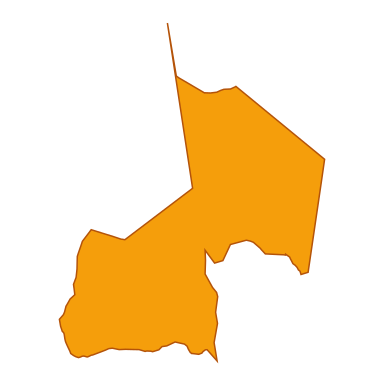 San Juan Coatzóspam, Oaxaca, Mexico (Equal Earth projection)
{"feature_id": "50627088B11377983715698", "entity_name": "San Juan Coatzóspam", "entity_type": "district", "adm_level": 2, "iso_a3": "MEX", "parent_name": "Mexico", "parent_adm1": "Oaxaca", "projection": "equal_earth", "projection_center": [-96.749, 18.072], "detail": "fine", "context": "isolated", "style": "filled", "palette": "amber", "viewbox_px": 384, "rotation_deg": 0, "n_neighbors": 0, "source": "geoboundaries", "source_scale": "gbopen_adm2", "svg_char_len": 1697}
<svg xmlns="http://www.w3.org/2000/svg" viewBox="0 0 384 384"><path d="M192.6,188.3L124.9,239.7L121.9,239.2L121.2,239.2L113.7,236.7L102.4,233.2L91.2,229.7L88.9,232.8L82.4,241.3L81.0,245.5L78.3,253.3L77.3,256.4L77.2,260.3L77.0,269.1L76.1,277.4L74.9,280.6L73.5,284.4L74.1,288.7L74.8,294.7L71.8,297.5L70.2,298.9L67.5,303.7L67.0,304.6L66.0,306.2L64.6,311.8L64.1,313.1L63.4,314.7L60.8,317.7L59.4,319.3L59.8,321.7L60.0,322.8L60.6,326.3L62.3,331.4L62.6,331.6L63.6,332.7L64.0,333.5L64.3,335.0L64.9,339.0L65.5,341.5L66.3,343.5L67.2,345.5L68.5,348.3L69.8,351.0L70.6,353.1L70.7,353.5L72.0,354.4L73.5,355.5L75.8,356.7L78.5,357.6L79.6,357.3L80.8,356.9L82.0,356.3L83.0,356.1L84.0,356.1L85.8,356.6L86.9,356.9L87.6,356.9L88.6,356.5L90.1,355.8L91.2,355.2L92.6,355.0L101.9,351.5L105.5,350.1L108.8,348.6L112.3,348.2L119.2,349.6L125.5,349.3L133.3,349.5L139.1,349.6L145.1,351.4L146.8,351.0L150.9,351.2L152.6,351.7L158.9,349.8L162.0,346.6L166.8,345.9L175.1,342.0L184.5,344.1L187.1,346.2L188.4,349.3L190.3,352.5L191.9,353.6L192.2,353.5L198.8,354.3L201.9,353.1L203.0,351.6L205.4,349.8L207.1,349.7L217.1,361.0L214.1,342.6L217.5,323.4L215.6,312.3L217.7,296.6L216.6,292.5L212.5,287.4L205.1,274.0L205.5,260.4L205.1,250.2L214.6,263.1L222.9,260.6L230.4,244.5L246.4,240.2L250.4,241.1L253.4,242.3L260.4,248.4L261.2,249.5L265.3,253.9L283.7,254.8L285.5,255.1L285.6,254.2L289.7,257.1L290.3,258.6L291.7,261.2L292.9,263.6L294.2,264.6L295.1,265.2L297.1,267.4L298.4,269.9L300.0,271.2L301.0,274.5L308.1,272.3L321.7,179.5L324.6,159.3L235.9,86.4L235.1,86.9L230.5,89.0L223.9,89.3L220.7,90.4L216.8,92.2L210.4,93.0L204.8,92.8L204.5,92.9L178.9,77.9L176.3,76.0L167.4,23.0L192.6,188.3Z" fill="#f59e0b" stroke="#b45309" stroke-width="1.5"/></svg>